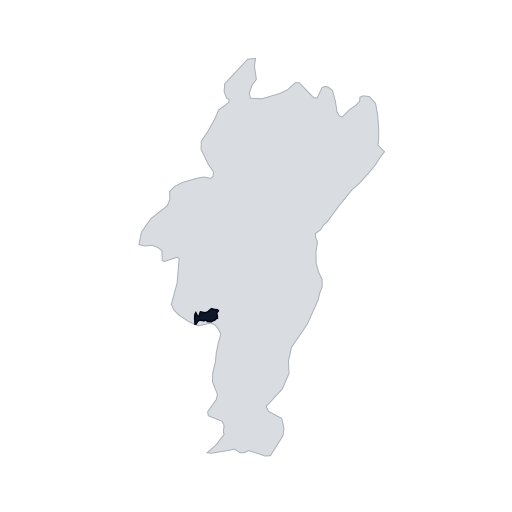 location of Kozje within Slovenia, rotated 120°
{"feature_id": "SVN-957", "entity_name": "Kozje", "entity_type": "Municipality", "adm_level": 1, "iso_a3": "SVN", "parent_name": "Slovenia", "parent_adm1": "", "projection": "natural_earth1", "projection_center": [15.563, 46.062], "detail": "fine", "context": "in_parent", "style": "filled", "palette": "ink", "viewbox_px": 512, "rotation_deg": 120, "n_neighbors": 0, "source": "natural_earth", "source_scale": "10m", "svg_char_len": 2294}
<svg xmlns="http://www.w3.org/2000/svg" viewBox="0 0 512 512"><g transform="rotate(120 256 256)"><path d="M450.8,200.0L439.8,196.2L426.6,194.5L424.1,196.6L418.8,198.8L416.1,202.5L418.2,217.5L415.0,220.0L400.0,218.6L395.0,220.3L386.9,230.7L378.5,235.1L367.9,238.2L360.0,241.9L350.1,245.2L341.6,247.2L338.3,251.7L336.2,256.8L336.8,261.6L345.4,271.2L346.5,281.5L345.6,294.0L343.6,300.6L340.2,305.1L319.0,310.8L296.9,321.1L296.4,323.5L306.5,332.6L306.9,334.9L298.5,340.1L297.7,345.3L298.7,351.3L303.1,357.5L304.7,363.1L292.5,367.2L276.1,365.7L256.7,357.9L249.9,359.0L243.3,363.1L236.5,361.3L229.1,356.5L218.7,346.6L213.6,340.5L211.5,334.0L208.7,333.0L204.3,334.9L200.7,342.8L191.0,357.0L183.8,360.8L172.9,360.0L157.8,360.2L148.3,361.4L136.8,356.4L134.0,357.4L133.9,360.6L129.6,365.8L122.5,369.2L89.7,361.6L85.1,355.2L92.5,352.2L102.8,344.0L109.8,344.9L118.4,343.2L122.2,339.7L116.8,329.4L103.3,316.6L96.1,311.7L86.1,308.5L84.4,305.1L90.1,284.9L88.5,282.1L77.1,283.0L74.5,280.9L73.6,277.4L74.4,272.6L82.1,264.8L90.7,257.9L93.0,254.0L92.7,250.9L81.8,247.9L75.3,244.7L70.1,243.6L66.5,245.4L63.8,243.4L61.2,237.6L64.0,228.8L73.8,220.6L84.4,213.4L93.6,208.1L98.9,205.9L101.5,196.8L107.0,197.7L117.8,198.2L129.9,200.3L141.1,202.8L151.0,206.0L171.8,209.3L190.7,211.4L196.4,213.2L201.1,213.1L206.8,215.8L210.2,213.7L212.7,210.1L223.0,205.8L232.5,200.1L239.2,193.0L243.0,187.3L249.5,183.3L256.5,182.2L262.9,180.2L289.7,177.5L317.2,179.6L330.4,175.6L341.2,168.7L357.0,166.8L357.8,166.7L381.4,172.0L383.2,168.9L384.3,167.6L383.8,152.5L391.2,145.7L398.2,142.8L421.7,143.7L424.8,148.3L426.1,155.5L428.2,165.1L432.2,167.7L434.3,171.5L434.0,178.2L438.6,183.1L449.4,196.5L450.8,200.0Z" fill="#d9dde1" stroke="#a8b0b8" stroke-width="1"/><path d="M324.6,261.6L325.6,261.1L326.9,259.7L329.2,258.3L330.5,259.3L332.0,259.6L334.1,261.2L335.2,261.7L337.1,265.3L336.7,265.9L336.6,266.4L337.0,268.0L338.1,268.5L339.6,272.4L340.1,272.9L341.0,273.5L341.9,273.8L345.0,273.8L345.6,274.7L340.1,278.3L336.9,279.8L335.1,279.8L337.6,276.0L337.4,275.6L337.1,275.4L335.3,275.6L334.4,275.8L333.7,275.9L333.1,276.1L332.1,276.2L330.7,271.9L329.4,270.6L327.8,269.5L326.9,269.4L323.8,268.2L323.0,265.0L321.8,262.7L322.0,261.8L322.4,261.1L323.2,261.2L323.7,261.4L324.6,261.6Z" fill="#0f172a" stroke="#020617" stroke-width="1.5"/></g></svg>